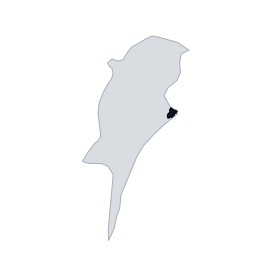 Kormakitis, Cyprus shown in context, rotated 130°
{"feature_id": "46923920B82125334474321", "entity_name": "Kormakitis", "entity_type": "district", "adm_level": 2, "iso_a3": "CYP", "parent_name": "Cyprus", "parent_adm1": "", "projection": "robinson", "projection_center": [32.97, 35.339], "detail": "fine", "context": "in_parent", "style": "filled", "palette": "ink", "viewbox_px": 256, "rotation_deg": 130, "n_neighbors": 0, "source": "geoboundaries", "source_scale": "gbopen_adm2", "svg_char_len": 2353}
<svg xmlns="http://www.w3.org/2000/svg" viewBox="0 0 256 256"><g transform="rotate(130 128 128)"><path d="M180.4,135.3L182.8,141.3L172.8,143.1L162.8,143.7L157.2,142.9L152.0,143.3L135.8,160.5L127.0,166.4L116.6,169.9L106.0,171.9L100.7,172.2L96.0,174.4L92.8,178.4L92.7,182.3L91.3,185.5L85.4,184.8L83.0,178.5L78.9,175.8L68.6,177.2L63.6,177.1L47.1,171.1L42.1,168.6L39.0,163.5L30.6,145.0L29.2,131.4L37.1,134.9L44.5,130.6L51.6,123.7L60.1,120.9L65.4,122.1L70.6,123.3L80.0,121.1L84.1,110.9L85.4,99.1L101.4,102.4L117.6,104.2L130.8,104.8L143.8,102.9L183.8,90.3L195.0,82.7L202.0,80.2L214.1,74.0L226.8,70.5L218.7,77.7L173.2,109.4L170.2,118.8L172.3,125.3L178.7,133.2L180.4,135.3Z" fill="#d9dde1" stroke="#a8b0b8" stroke-width="1"/><path d="M91.0,106.3L91.3,106.1L91.5,106.1L91.8,106.1L92.0,106.1L92.4,105.9L92.6,105.9L92.9,105.9L93.1,105.7L93.3,105.6L93.4,105.4L93.6,105.2L93.7,104.9L93.8,104.7L94.1,104.4L94.3,104.3L94.5,104.2L94.4,104.0L94.4,103.8L94.3,103.5L94.2,103.4L94.0,103.2L93.9,103.1L93.6,103.0L93.2,103.1L92.7,103.1L92.6,102.8L92.4,102.6L92.2,102.5L92.0,102.4L91.9,102.3L91.7,102.1L91.9,101.8L91.9,101.6L91.7,101.5L91.4,101.5L91.2,101.5L90.8,101.4L90.6,101.4L90.4,101.5L90.3,101.3L90.2,101.3L89.9,101.4L89.7,101.3L89.6,101.1L89.4,101.0L89.2,101.0L89.1,101.3L88.9,101.4L88.7,101.3L88.5,101.2L88.4,101.1L88.1,101.1L87.9,101.1L87.7,101.3L87.6,101.5L87.4,101.8L87.4,102.0L87.6,102.1L87.8,102.3L87.8,102.5L87.7,102.5L87.6,102.4L87.4,102.3L87.2,102.3L87.1,102.2L86.9,102.1L86.7,102.0L86.6,101.9L86.3,101.8L86.1,101.7L85.9,101.7L85.9,101.4L86.0,101.4L86.2,101.2L85.9,101.0L85.6,101.0L85.4,101.0L85.2,101.0L84.8,101.0L84.6,101.0L84.4,101.0L84.2,101.0L83.9,101.0L83.8,101.3L83.8,101.6L83.8,101.8L83.8,102.1L83.7,102.4L83.9,102.5L83.9,102.8L83.9,103.0L84.0,103.1L84.2,103.3L84.3,103.4L84.5,103.4L84.6,103.5L84.8,103.6L84.8,103.8L84.8,104.0L84.9,104.3L84.9,104.5L84.9,104.9L84.9,105.0L84.9,105.3L84.9,105.5L84.9,105.8L84.9,106.0L84.8,106.3L85.0,106.5L85.0,106.9L85.0,107.0L85.1,107.3L85.1,107.5L85.2,107.9L85.4,107.8L85.6,107.8L85.8,107.8L86.0,107.9L86.3,107.9L86.5,107.7L86.8,107.6L87.0,107.6L87.3,107.4L87.5,107.4L87.9,107.2L88.0,107.1L88.0,106.9L87.8,106.7L87.9,106.4L88.0,106.3L88.3,106.2L88.5,106.1L89.1,106.0L89.3,106.0L89.7,106.0L89.8,106.0L90.1,106.0L90.3,106.1L90.5,106.2L90.8,106.3L91.0,106.3Z" fill="#0f172a" stroke="#020617" stroke-width="1.5"/></g></svg>